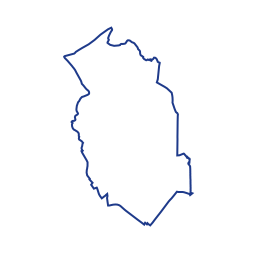 Ciclova Romana, Caras-Severin, Romania (Natural Earth projection), rotated 239°
{"feature_id": "2599482B12513068157947", "entity_name": "Ciclova Romana", "entity_type": "district", "adm_level": 2, "iso_a3": "ROU", "parent_name": "Romania", "parent_adm1": "Caras-Severin", "projection": "natural_earth1", "projection_center": [21.737, 44.976], "detail": "fine", "context": "isolated", "style": "outline", "palette": "blue", "viewbox_px": 256, "rotation_deg": 239, "n_neighbors": 0, "source": "geoboundaries", "source_scale": "gbopen_adm2", "svg_char_len": 5279}
<svg xmlns="http://www.w3.org/2000/svg" viewBox="0 0 256 256"><g transform="rotate(239 128 128)"><path d="M189.7,111.2L187.4,111.7L183.5,112.2L182.7,112.4L181.9,112.6L181.1,112.9L180.4,113.2L179.2,113.2L178.8,113.1L178.4,112.9L178.1,112.7L177.7,112.5L177.4,112.2L177.2,110.7L177.4,109.3L177.6,108.0L177.8,106.6L178.1,105.3L178.3,104.5L177.7,102.4L176.2,99.9L175.8,98.5L173.4,95.6L170.6,93.4L169.3,92.8L168.6,92.7L167.8,92.7L166.8,92.7L166.0,92.5L165.6,91.6L165.6,90.9L165.6,90.2L165.6,89.5L165.5,89.1L164.7,88.1L162.2,87.2L161.9,86.7L161.9,86.3L161.9,85.9L161.9,85.5L162.1,85.1L162.2,84.8L162.5,84.3L162.6,84.0L162.6,83.7L162.5,83.4L162.4,83.1L162.3,82.8L162.2,82.7L161.9,82.8L161.5,83.0L161.1,83.1L160.8,83.1L160.6,82.7L160.3,82.2L159.8,81.7L158.1,80.9L156.0,80.5L154.2,80.9L153.4,81.5L152.5,81.9L151.6,82.4L150.6,82.8L149.0,83.0L148.1,82.7L146.5,81.7L146.0,81.7L145.6,81.7L145.1,81.1L144.2,80.4L143.3,80.2L142.7,80.5L140.5,81.5L138.4,81.8L138.1,81.1L135.9,79.2L135.2,78.3L134.8,77.9L134.4,77.7L134.1,77.6L133.7,77.5L133.3,77.4L132.9,77.4L132.5,77.4L132.1,77.4L131.9,77.5L131.6,76.9L131.9,76.2L130.3,76.0L121.5,75.9L120.7,75.8L119.5,75.7L116.4,73.8L116.1,73.6L115.6,73.1L114.2,72.0L113.3,71.1L111.0,69.5L109.2,68.9L108.4,68.6L104.1,69.1L103.8,68.5L102.6,68.7L99.3,69.4L98.3,67.2L95.6,67.4L93.6,67.5L93.1,69.9L93.0,70.5L92.6,70.5L90.6,70.1L89.0,69.7L88.2,69.5L86.5,69.1L85.0,69.0L84.0,69.0L81.2,69.3L81.5,71.8L81.6,72.5L81.7,74.0L81.9,74.4L82.2,76.2L80.3,75.4L78.8,74.0L75.4,72.5L71.8,71.0L71.2,72.0L70.0,75.6L69.0,77.7L67.9,79.3L67.6,79.6L66.6,80.5L65.2,81.3L60.1,82.9L58.1,83.6L44.3,89.1L39.5,91.1L36.9,92.1L37.3,92.7L37.7,93.3L38.0,93.9L37.5,94.1L37.0,94.2L35.7,94.6L36.3,95.7L35.3,95.9L33.1,96.9L34.2,100.3L35.4,103.2L36.3,105.5L37.6,108.9L39.2,113.1L44.1,125.1L44.8,127.3L45.2,128.9L46.4,132.3L48.2,137.1L47.2,138.2L44.9,142.0L44.0,143.0L43.0,143.9L42.0,144.8L40.9,145.7L39.6,146.8L38.5,146.7L38.6,147.5L38.7,148.3L38.9,149.5L39.4,149.1L39.7,148.8L40.2,148.3L40.4,148.3L40.5,148.3L41.0,148.6L41.3,148.9L41.8,149.3L42.2,149.5L42.8,149.8L43.1,150.0L43.3,150.1L44.2,150.7L44.9,151.1L46.2,151.8L46.4,152.0L47.0,152.3L47.9,152.8L48.8,153.3L49.2,153.6L49.8,153.9L50.6,154.4L50.9,154.6L52.0,155.2L53.2,155.8L53.3,155.9L54.3,156.5L54.8,156.7L55.4,157.1L56.3,157.6L56.5,157.8L57.7,158.4L57.8,158.5L58.8,159.1L59.3,159.4L59.9,159.7L60.5,160.1L61.1,160.4L61.6,160.7L61.9,160.8L62.2,161.0L63.2,161.5L63.4,161.5L63.6,161.5L64.2,161.5L64.4,161.5L64.8,161.5L65.1,161.4L65.5,161.4L65.8,161.3L66.3,161.3L66.7,161.6L67.0,161.9L67.2,162.3L67.0,162.5L66.9,162.6L66.7,162.8L67.2,163.2L67.7,163.5L68.1,163.8L68.4,164.0L68.9,164.4L69.0,164.4L69.5,164.9L70.0,164.7L70.3,164.8L70.4,164.7L70.3,164.4L70.6,164.3L70.9,164.3L71.0,164.3L71.3,164.3L71.6,164.2L71.8,164.2L72.0,164.0L72.1,163.9L72.2,163.7L71.9,163.4L72.0,163.3L72.3,163.3L72.6,163.7L72.8,163.9L73.0,163.9L73.1,163.6L73.3,163.5L73.3,163.4L73.5,163.4L73.8,163.3L74.1,163.3L74.2,163.2L74.3,163.2L74.6,163.2L74.8,163.2L75.2,163.0L75.7,163.0L76.0,163.0L76.4,162.8L76.6,162.8L76.9,162.8L77.2,162.7L77.4,162.5L78.1,158.1L79.1,156.1L93.0,164.7L94.4,165.5L95.4,166.1L97.8,167.6L103.8,171.3L108.2,174.0L112.6,176.8L113.3,177.3L113.8,177.7L114.3,177.8L114.8,177.9L115.5,177.9L115.8,177.7L116.1,177.6L117.2,177.3L120.4,177.8L126.8,179.2L127.8,179.9L128.9,180.6L130.0,181.2L131.1,181.8L132.2,182.3L133.4,182.8L134.6,183.2L135.8,183.6L142.0,181.8L144.6,180.5L152.2,176.2L154.5,178.7L165.1,186.6L167.4,188.7L167.6,188.8L167.8,188.6L168.2,188.4L168.7,187.9L169.5,187.6L170.0,187.8L170.6,187.8L171.2,187.9L171.7,188.0L172.2,188.0L172.9,188.0L173.5,187.8L173.7,187.7L174.2,187.5L174.6,187.0L174.9,186.5L174.8,186.3L174.6,186.0L174.4,185.7L174.3,185.4L174.2,185.1L174.1,184.1L174.1,183.6L173.8,183.1L173.6,182.9L173.5,182.6L173.7,182.4L174.7,182.4L175.2,182.5L175.3,182.6L175.5,182.3L175.5,182.1L175.5,181.9L175.5,181.7L175.3,181.1L175.5,180.9L175.9,180.8L176.2,180.5L176.6,180.1L176.5,179.5L176.5,179.4L176.5,178.9L176.8,178.4L177.4,178.1L177.8,177.9L178.2,177.7L178.4,177.5L179.0,177.3L179.7,177.2L180.3,177.1L180.8,177.5L181.1,177.7L181.4,177.6L181.9,177.2L182.5,177.1L183.3,176.6L183.5,176.5L184.1,176.4L185.1,176.6L185.7,176.8L186.4,177.2L187.2,177.6L187.7,177.8L188.1,177.8L188.5,177.8L188.9,177.7L189.4,177.6L190.3,177.3L191.2,177.5L192.2,177.7L197.2,177.1L198.1,176.7L199.6,175.5L201.8,174.7L202.2,174.4L202.5,174.1L202.7,173.9L202.9,173.6L203.1,173.3L203.2,173.2L203.2,172.9L203.2,172.7L203.2,172.2L201.9,169.5L201.9,168.7L202.7,166.8L203.4,165.8L203.6,165.2L203.6,164.8L203.5,164.5L203.4,164.1L203.2,163.8L203.7,162.3L205.6,158.4L208.4,155.6L210.9,154.5L211.6,154.3L212.2,154.9L213.2,156.7L213.7,157.1L214.7,157.0L215.3,157.4L215.5,157.5L216.2,158.4L216.9,159.2L217.5,160.1L218.1,161.0L218.7,161.9L219.2,162.8L219.7,163.8L220.1,164.7L220.8,165.2L222.6,165.3L222.7,164.1L222.8,162.9L222.9,161.6L222.8,160.4L222.2,152.6L220.7,144.7L220.0,137.4L220.1,133.7L220.2,130.0L220.2,126.2L220.1,122.5L219.9,121.9L219.7,121.4L219.6,120.8L219.5,120.2L221.9,111.8L222.2,110.6L222.0,110.0L221.6,109.9L221.3,109.9L220.9,109.9L220.5,109.9L216.8,110.8L209.6,112.0L208.4,112.1L207.3,112.3L206.1,112.4L204.9,112.5L202.0,112.3L199.0,112.2L196.1,112.1L193.2,112.0L192.3,111.9L191.4,111.7L190.6,111.5L189.7,111.2Z" fill="none" stroke="#1e3a8a" stroke-width="2"/></g></svg>